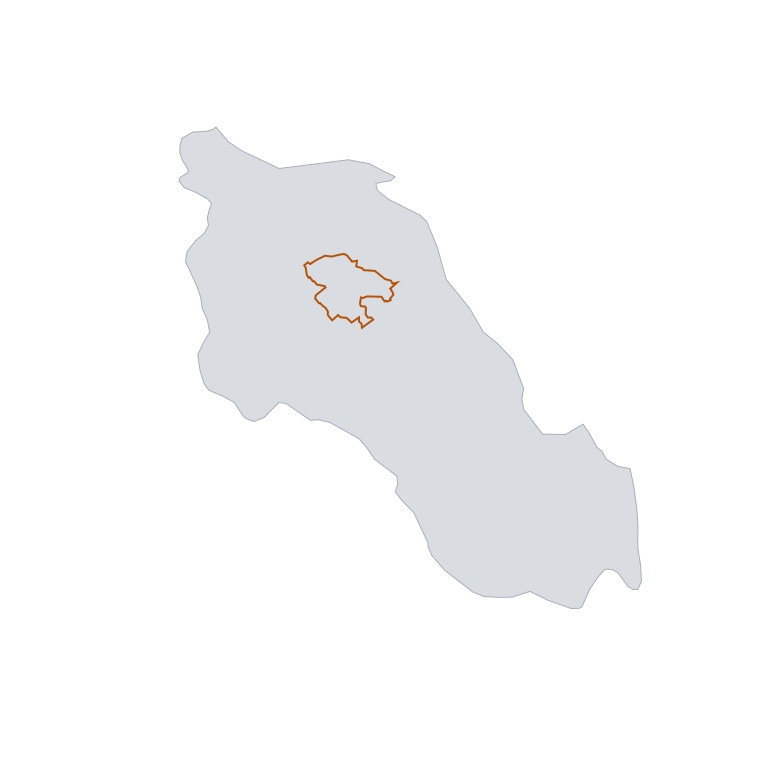 Berat, Berat, Albania (highlighted), rotated 142°
{"feature_id": "67620474B3220488890929", "entity_name": "Berat", "entity_type": "district", "adm_level": 2, "iso_a3": "ALB", "parent_name": "Albania", "parent_adm1": "Berat", "projection": "equal_earth", "projection_center": [19.979, 40.671], "detail": "fine", "context": "in_parent", "style": "outline", "palette": "amber", "viewbox_px": 768, "rotation_deg": 142, "n_neighbors": 0, "source": "geoboundaries", "source_scale": "gbopen_adm2", "svg_char_len": 2411}
<svg xmlns="http://www.w3.org/2000/svg" viewBox="0 0 768 768"><g transform="rotate(142 384 384)"><path d="M251.9,229.8L252.5,219.3L255.1,202.6L253.6,197.1L255.2,187.6L250.3,174.9L242.2,165.8L250.1,149.7L261.5,130.2L272.1,114.7L284.9,98.7L293.4,83.2L302.6,70.0L310.4,65.9L314.4,68.8L316.4,74.5L315.9,91.7L318.6,97.6L324.0,102.0L335.5,99.8L348.3,95.6L365.4,86.5L368.3,87.1L374.7,91.8L387.9,112.5L396.7,130.8L414.1,137.1L423.8,144.3L436.2,155.1L442.3,166.0L450.8,199.4L451.9,219.6L449.4,228.8L447.3,231.2L439.7,264.1L441.6,280.9L441.5,292.0L435.0,296.4L430.6,303.3L437.8,330.8L436.9,342.6L437.3,356.0L450.2,386.8L457.7,396.3L464.5,400.8L473.2,429.2L478.4,434.1L499.4,431.4L509.7,434.6L513.8,441.3L514.7,445.9L513.4,461.8L518.7,474.1L525.8,486.7L525.8,494.4L521.1,507.0L512.8,521.7L501.7,527.4L489.4,532.2L483.5,543.7L480.6,555.8L475.1,564.9L471.7,574.8L466.6,595.1L465.4,602.4L457.1,609.9L444.1,612.9L432.6,613.5L424.7,617.0L420.8,623.9L413.4,629.5L408.9,632.0L409.0,638.2L414.4,651.1L420.5,661.6L420.6,670.0L417.6,672.3L408.2,671.3L406.2,674.4L405.2,683.8L402.6,691.8L398.7,696.7L392.0,702.1L379.6,700.3L367.9,692.2L361.8,689.8L358.3,690.0L357.4,670.3L352.4,655.0L333.9,618.3L274.0,582.6L260.0,566.6L253.8,553.1L247.7,540.4L253.6,540.1L259.5,543.3L266.9,547.1L270.0,540.8L266.8,526.9L251.5,494.5L250.3,485.6L258.0,458.5L270.6,428.1L269.9,391.4L273.8,363.7L269.6,345.8L267.5,323.8L276.8,294.5L284.6,287.3L289.5,278.1L289.9,247.0L272.3,232.5L251.9,229.8Z" fill="#d9dde1" stroke="#a8b0b8" stroke-width="1"/><path d="M352.9,441.4L353.2,444.2L355.8,446.3L355.5,450.3L351.4,455.0L351.4,457.1L352.2,457.5L354.3,459.7L353.5,462.0L348.9,466.4L347.5,464.6L345.1,464.1L343.1,463.2L332.3,454.3L332.7,448.7L331.0,448.2L330.8,447.0L327.1,446.0L326.7,447.5L321.7,448.6L320.7,451.2L320.4,455.3L311.3,455.9L315.5,457.9L314.9,461.1L318.6,466.0L321.6,478.8L329.9,486.2L329.9,488.6L333.5,493.7L329.4,497.7L333.8,500.1L334.0,508.1L335.4,511.0L339.4,513.3L346.6,516.5L351.5,521.4L360.0,523.2L365.0,523.8L368.4,524.0L369.1,526.8L373.8,526.6L374.0,524.1L377.8,517.1L377.9,513.9L376.7,513.9L376.8,508.6L375.8,508.0L375.7,503.7L370.5,497.7L370.6,496.1L383.1,495.9L385.6,493.8L385.5,487.6L384.5,487.0L384.2,483.2L383.2,480.2L383.6,475.7L385.8,472.9L385.8,470.0L385.6,466.1L377.8,466.6L377.2,463.4L372.7,459.0L371.7,452.4L362.7,451.9L365.3,448.5L364.6,445.4L366.7,441.9L352.9,441.4Z" fill="none" stroke="#b45309" stroke-width="2"/></g></svg>